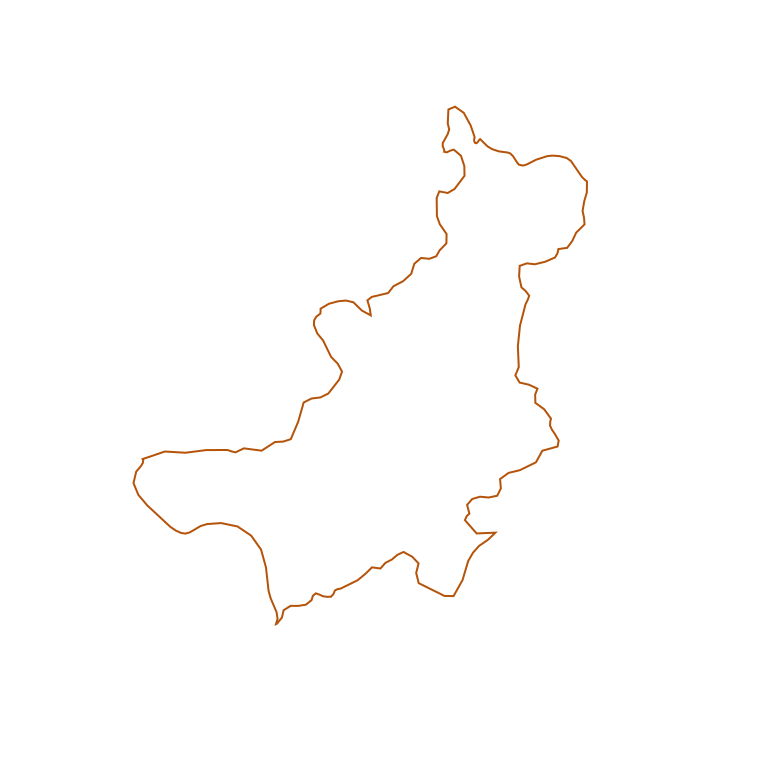 the Province of Saravan, rotated 335°
{"feature_id": "LAO-3281", "entity_name": "Saravan", "entity_type": "Province", "adm_level": 1, "iso_a3": "LAO", "parent_name": "Laos", "parent_adm1": "", "projection": "natural_earth1", "projection_center": [106.351, 15.91], "detail": "fine", "context": "isolated", "style": "outline", "palette": "amber", "viewbox_px": 768, "rotation_deg": 335, "n_neighbors": 0, "source": "natural_earth", "source_scale": "10m", "svg_char_len": 2794}
<svg xmlns="http://www.w3.org/2000/svg" viewBox="0 0 768 768"><g transform="rotate(335 384 384)"><path d="M145.3,436.4L140.9,435.7L137.2,433.3L133.4,428.9L130.0,423.2L118.1,393.9L114.5,380.6L115.1,367.9L122.4,358.7L128.7,355.8L132.0,353.7L133.7,351.1L133.5,350.0L156.9,352.6L175.0,362.4L195.1,368.8L214.3,377.7L217.3,380.6L220.5,383.2L229.8,383.1L244.9,392.7L260.7,390.5L268.3,393.6L276.2,394.6L290.2,382.0L303.4,366.8L312.1,366.5L320.7,369.3L329.5,369.1L345.2,361.1L351.2,355.1L350.7,346.1L347.5,337.1L347.2,318.8L344.9,310.1L345.4,300.9L347.6,296.8L351.0,294.4L356.1,293.3L357.4,291.0L358.4,288.9L368.0,288.0L377.6,289.7L384.8,292.3L390.8,297.0L395.0,308.1L401.0,316.2L403.0,309.7L404.3,301.2L409.7,299.9L426.2,303.3L433.9,299.4L444.7,298.9L455.3,295.6L462.2,287.9L470.8,285.4L478.0,289.7L485.4,290.3L490.8,286.4L500.0,282.9L504.1,274.5L502.1,262.8L502.9,254.2L510.4,237.6L515.5,232.8L522.4,237.8L530.3,237.1L545.0,229.3L548.9,220.4L550.2,209.7L546.3,201.1L542.7,200.5L538.8,200.6L536.8,199.0L537.1,198.8L537.6,196.1L537.7,193.3L539.1,190.4L547.3,184.5L550.7,180.8L551.9,174.8L558.4,162.4L565.6,162.7L570.9,172.0L571.8,186.4L570.5,198.2L570.1,199.2L569.1,200.3L568.4,201.9L568.4,203.9L569.6,204.9L571.7,204.1L573.6,202.9L574.6,202.7L578.3,212.4L581.2,216.8L586.4,221.7L593.8,226.4L595.8,228.3L597.2,231.9L598.3,239.9L599.0,242.3L602.3,244.8L606.2,245.4L616.6,245.0L628.4,246.5L632.8,248.1L633.6,248.4L639.3,251.6L645.1,256.4L647.7,261.0L650.9,280.1L652.7,284.7L653.5,285.9L653.5,286.0L653.3,286.8L648.8,296.1L642.7,303.0L637.1,311.1L635.5,318.0L633.2,324.1L622.2,328.0L615.0,334.0L607.5,338.0L599.1,335.4L596.4,338.9L592.5,341.6L581.6,341.3L571.2,339.2L564.4,335.0L556.9,334.3L551.9,343.6L549.4,354.5L551.7,359.7L552.9,365.4L549.8,368.5L546.0,371.5L531.9,388.6L521.3,406.3L513.3,425.6L506.7,431.7L507.5,440.0L515.1,445.9L521.1,453.1L516.5,457.5L513.2,465.1L518.5,474.6L520.7,486.0L519.0,488.0L516.9,491.9L516.9,496.5L517.7,501.0L518.4,509.1L514.9,514.0L499.3,511.4L488.6,519.2L470.6,519.5L459.3,517.2L449.0,519.2L445.8,528.0L439.4,533.1L430.9,531.1L423.3,526.7L415.3,525.5L408.2,528.7L406.6,537.6L403.1,538.7L399.8,541.6L404.8,558.6L422.1,565.8L412.5,569.1L401.7,570.9L393.4,574.5L385.6,579.9L372.3,594.9L357.4,605.6L349.3,601.7L331.3,579.2L333.3,568.9L339.5,561.2L336.6,552.5L330.7,544.5L323.9,544.5L317.0,546.4L309.7,546.7L302.8,549.7L295.6,545.1L287.5,548.0L277.2,550.7L258.1,551.1L255.4,550.3L252.2,550.4L249.4,553.0L246.1,554.4L242.5,552.8L239.0,550.6L236.4,547.5L233.7,544.9L229.9,546.0L227.1,549.2L220.0,551.0L212.9,549.0L205.6,545.6L197.4,546.6L192.8,552.5L185.7,556.0L184.6,556.0L188.3,551.8L190.2,545.4L190.7,530.3L192.0,522.6L199.5,500.4L202.6,482.1L199.5,465.2L191.0,451.2L177.6,441.2L164.5,436.2L157.8,435.2L145.3,436.4Z" fill="none" stroke="#b45309" stroke-width="2"/></g></svg>